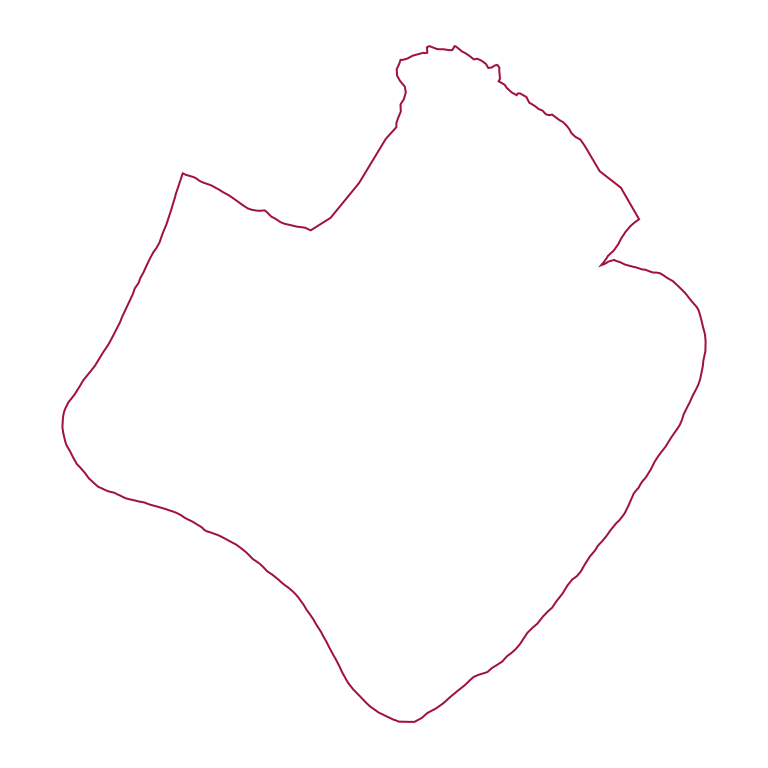 Barentu, Gash Barka, Eritrea (Equal Earth projection)
{"feature_id": "51966322B45373579076089", "entity_name": "Barentu", "entity_type": "district", "adm_level": 2, "iso_a3": "ERI", "parent_name": "Eritrea", "parent_adm1": "Gash Barka", "projection": "equal_earth", "projection_center": [37.661, 15.11], "detail": "fine", "context": "isolated", "style": "outline", "palette": "rose", "viewbox_px": 768, "rotation_deg": 0, "n_neighbors": 0, "source": "geoboundaries", "source_scale": "gbopen_adm2", "svg_char_len": 4783}
<svg xmlns="http://www.w3.org/2000/svg" viewBox="0 0 768 768"><path d="M639.1,219.3L620.9,187.7L599.7,171.2L584.7,145.8L580.4,139.6L575.3,136.8L571.4,133.1L569.3,129.1L566.4,125.4L563.2,122.3L559.2,119.9L555.8,117.4L552.1,114.6L549.1,115.2L545.9,114.3L542.5,110.6L538.6,109.0L534.9,106.0L531.7,104.1L529.2,102.6L526.4,97.0L519.8,93.3L517.7,93.6L516.6,95.2L511.7,92.4L506.9,88.1L504.6,84.7L499.8,81.9L498.6,81.3L500.0,78.8L499.3,71.1L499.3,67.4L497.3,64.9L494.7,65.5L492.0,67.4L488.3,68.0L486.0,64.0L481.4,60.6L477.1,58.7L473.9,59.4L469.0,55.6L464.9,52.9L462.2,51.6L456.2,46.7L454.6,46.1L452.3,50.1L448.8,50.1L443.3,49.2L440.3,49.3L436.8,49.0L431.5,46.9L429.3,46.1L426.9,47.4L427.2,50.3L427.2,52.8L425.0,53.2L423.4,52.8L412.6,55.7L407.3,58.6L402.6,59.9L400.5,59.9L399.2,64.0L396.7,69.1L397.1,75.7L399.9,80.7L404.8,86.6L405.8,92.4L403.9,99.1L400.5,104.5L400.8,111.6L398.0,118.3L396.4,122.9L396.4,127.1L385.7,139.0L359.0,183.1L330.6,217.8L310.8,230.3L309.2,229.7L307.2,228.7L304.9,227.7L301.0,227.1L298.2,226.8L296.5,226.6L293.0,225.7L287.4,224.4L284.7,223.8L281.3,222.5L279.6,221.6L276.8,219.6L272.9,217.4L271.4,216.7L268.5,213.8L267.5,212.8L266.3,211.6L265.4,211.0L264.6,210.4L263.2,210.5L261.1,210.7L258.8,210.8L255.8,210.5L251.9,209.8L250.1,209.2L248.0,208.5L245.7,207.1L243.9,205.9L239.9,203.1L236.2,200.4L232.4,197.7L229.2,195.5L223.3,192.3L218.6,189.4L214.0,186.9L211.5,185.5L208.3,184.3L205.2,183.3L202.1,182.1L198.9,180.5L197.8,179.5L195.7,178.1L193.9,177.2L192.3,176.7L189.3,175.8L186.6,175.1L182.7,173.4L178.1,187.2L175.9,193.7L175.0,197.4L172.9,204.0L171.3,209.6L168.9,216.8L166.5,224.2L163.0,232.5L161.0,238.0L159.6,242.3L156.5,247.9L153.4,252.1L149.9,258.6L146.2,266.3L143.3,272.8L140.4,277.9L138.6,282.9L134.8,288.4L132.9,293.9L130.2,299.7L127.0,306.5L122.2,316.7L120.0,322.3L115.8,330.5L112.4,337.1L109.0,343.5L106.1,348.0L103.2,352.2L99.0,359.1L94.8,366.0L90.0,372.0L86.0,376.9L83.0,380.7L79.8,386.2L74.5,394.6L68.5,402.2L65.4,408.3L64.1,411.7L63.2,415.9L62.9,418.9L62.4,427.3L63.4,433.7L65.3,441.7L66.7,445.7L69.6,450.5L73.1,457.4L76.9,464.1L80.2,467.5L84.9,472.9L88.9,478.4L94.4,483.5L98.5,487.0L100.9,487.9L104.9,489.9L108.3,491.3L114.5,492.8L118.0,494.7L119.2,495.1L123.0,497.0L125.4,498.2L129.6,499.3L132.4,499.9L139.0,501.5L144.0,502.4L150.2,504.7L157.3,506.6L160.7,507.6L165.5,509.0L169.1,510.3L172.7,511.4L175.8,512.6L177.0,513.1L181.5,515.5L184.5,517.6L188.0,519.5L192.1,521.4L197.8,524.9L201.5,527.1L202.8,528.3L203.6,529.2L204.9,530.3L207.5,531.6L209.4,532.0L213.5,533.5L217.8,535.0L221.0,536.5L225.3,538.8L230.5,541.6L236.2,544.6L241.7,548.7L245.9,552.1L249.7,555.8L252.8,559.0L259.4,563.5L263.0,566.8L267.2,571.3L272.1,574.5L275.3,577.1L278.4,579.6L282.0,582.9L285.7,585.8L288.5,587.7L292.4,591.1L294.8,593.4L298.0,597.0L301.0,601.2L303.8,605.0L306.5,609.7L309.6,613.9L313.3,619.3L316.5,624.9L321.1,632.0L323.8,637.2L326.3,641.5L329.2,647.3L333.1,654.6L335.8,659.3L339.8,667.1L342.4,672.8L344.5,676.5L345.9,679.1L348.1,682.9L353.2,689.4L355.8,692.0L361.7,698.1L366.1,702.7L370.0,706.4L374.1,709.3L378.6,712.5L383.0,714.6L386.6,716.4L393.6,719.7L396.5,720.6L398.5,721.6L410.1,721.9L414.4,721.9L421.5,718.1L424.3,715.7L427.4,713.0L436.2,708.3L443.5,703.1L450.0,697.2L457.2,691.2L464.8,685.2L470.7,679.5L473.9,676.8L478.3,674.9L483.5,673.3L487.5,672.0L491.8,668.1L495.6,665.8L502.3,661.5L506.8,656.4L511.5,652.9L515.8,649.0L519.7,644.5L523.5,638.7L527.4,632.8L533.0,627.3L537.3,623.7L543.0,616.5L548.2,611.1L552.1,607.7L556.2,601.6L562.4,593.7L567.4,585.5L572.3,579.4L574.7,577.8L577.2,575.8L580.8,571.5L582.7,568.1L585.0,564.1L590.1,556.2L595.0,550.5L597.7,546.0L599.8,543.7L602.2,541.2L603.8,539.2L606.1,536.5L609.8,531.2L611.8,528.6L616.5,522.9L619.3,520.3L623.1,515.5L624.8,513.0L628.5,505.6L629.6,503.0L633.8,493.4L634.9,492.0L637.0,489.4L638.4,488.1L640.6,484.0L642.2,481.6L646.2,476.9L650.9,469.2L654.8,461.5L658.4,455.9L660.8,452.7L665.6,446.6L668.6,441.7L671.7,436.8L676.2,430.3L677.8,428.1L679.8,424.9L681.8,420.3L683.6,414.5L687.0,407.6L689.7,402.4L692.6,395.8L695.9,389.6L698.3,384.7L700.1,379.4L701.2,374.1L702.8,366.2L703.3,360.9L704.4,355.8L705.4,351.0L705.6,341.6L705.2,336.5L704.8,333.6L703.1,327.4L701.7,321.4L700.7,317.5L699.5,313.1L698.4,309.8L696.7,307.0L693.1,302.9L690.0,299.2L688.4,297.1L685.1,292.9L678.1,286.0L672.8,281.1L667.0,277.8L663.3,275.2L660.1,273.3L656.5,272.6L652.9,272.5L649.6,271.4L645.6,269.8L641.7,269.3L637.1,267.7L632.2,266.5L627.7,265.3L625.1,264.6L623.2,263.7L621.4,262.8L619.9,262.1L616.7,261.1L615.7,260.8L614.3,259.9L612.5,260.4L611.1,260.8L609.7,261.2L608.2,261.7L606.5,262.9L604.2,264.1L601.2,265.2L603.5,262.5L606.4,258.6L608.1,255.7L613.1,251.2L614.6,249.4L618.4,243.9L621.3,238.2L623.7,234.7L625.5,231.9L630.3,226.2L634.3,222.7L637.6,220.3L639.1,219.3Z" fill="none" stroke="#9f1239" stroke-width="2"/></svg>